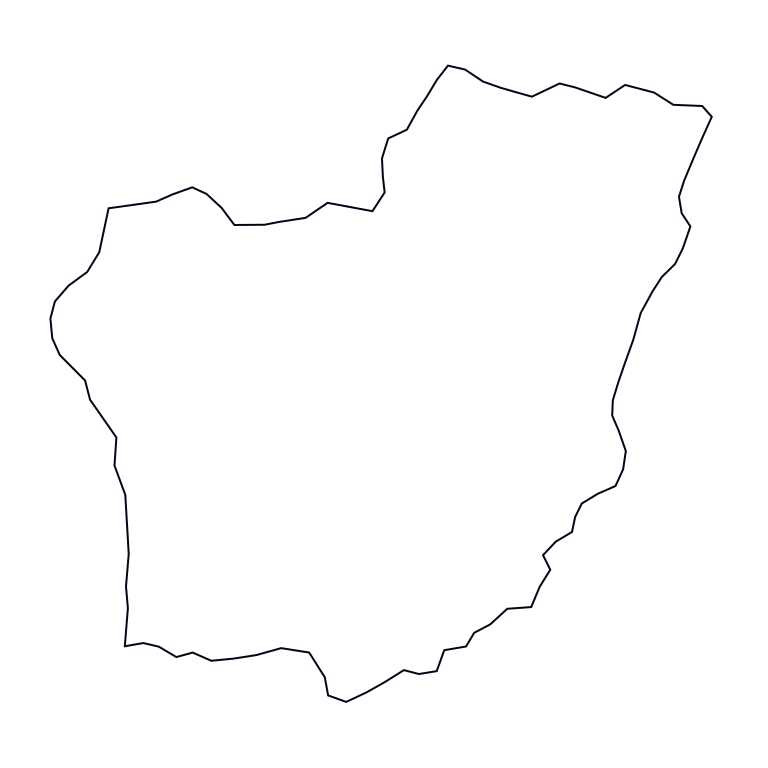 outline of Lourdes, São Paulo, Brazil, rotated 179°
{"feature_id": "56859067B53579578319178", "entity_name": "Lourdes", "entity_type": "district", "adm_level": 2, "iso_a3": "BRA", "parent_name": "Brazil", "parent_adm1": "São Paulo", "projection": "albers", "projection_center": [-50.239, -20.948], "detail": "fine", "context": "isolated", "style": "outline", "palette": "ink", "viewbox_px": 768, "rotation_deg": 179, "n_neighbors": 0, "source": "geoboundaries", "source_scale": "gbopen_adm2", "svg_char_len": 1371}
<svg xmlns="http://www.w3.org/2000/svg" viewBox="0 0 768 768"><g transform="rotate(179 384 384)"><path d="M656.3,564.5L666.4,520.7L678.8,501.2L697.6,487.9L711.6,472.3L716.4,455.4L714.9,435.6L707.7,418.7L682.8,392.7L678.2,373.5L652.5,335.2L654.9,307.2L644.6,277.7L642.2,218.5L645.5,186.1L644.0,164.3L647.7,126.3L629.2,129.2L613.7,125.3L596.4,114.6L580.0,118.8L561.5,110.3L539.7,112.0L516.3,115.2L491.4,121.7L463.5,116.8L448.3,91.8L445.3,73.6L427.4,66.8L407.0,75.9L388.5,85.9L369.1,97.6L354.2,93.4L336.3,96.0L328.4,116.8L306.6,120.1L298.1,133.7L282.0,141.8L264.7,157.1L240.7,158.4L231.9,178.5L221.0,195.4L228.0,210.1L215.0,223.4L198.6,232.8L195.2,247.7L188.3,261.1L172.2,270.5L154.3,278.0L146.4,294.5L143.4,312.7L150.0,332.9L156.4,348.5L155.5,363.7L149.5,382.2L141.9,403.0L134.0,423.8L126.1,450.5L113.7,472.2L104.3,486.2L90.9,498.9L82.8,514.5L74.9,536.2L83.4,549.6L85.8,566.1L80.4,582.0L70.4,604.8L60.7,626.2L51.6,645.4L61.0,656.4L89.8,658.1L108.9,670.7L137.7,678.8L157.4,666.2L187.7,677.2L203.2,681.4L231.1,668.7L248.4,673.9L262.3,678.2L279.6,684.6L297.5,697.0L314.5,701.2L326.0,686.9L335.7,671.3L345.7,657.0L356.7,637.9L375.5,629.4L382.1,609.6L381.5,591.1L380.0,575.5L392.5,557.0L437.3,566.1L459.5,551.5L485.9,547.9L500.7,545.3L530.8,545.6L543.2,562.8L558.1,577.1L572.3,584.0L592.3,577.2L608.7,570.3L656.3,564.5Z" fill="none" stroke="#020617" stroke-width="2"/></g></svg>